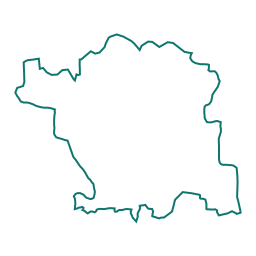 outline of Qutur, Al Gharbiyah, Egypt
{"feature_id": "37247803B52105005453844", "entity_name": "Qutur", "entity_type": "district", "adm_level": 2, "iso_a3": "EGY", "parent_name": "Egypt", "parent_adm1": "Al Gharbiyah", "projection": "robinson", "projection_center": [30.964, 30.971], "detail": "fine", "context": "isolated", "style": "outline", "palette": "teal", "viewbox_px": 256, "rotation_deg": 0, "n_neighbors": 0, "source": "geoboundaries", "source_scale": "gbopen_adm2", "svg_char_len": 3968}
<svg xmlns="http://www.w3.org/2000/svg" viewBox="0 0 256 256"><path d="M82.7,210.1L84.0,210.7L85.3,211.5L86.1,212.3L87.7,213.4L89.3,212.3L90.4,211.5L92.5,211.5L94.3,212.3L95.5,211.9L96.2,211.0L96.7,209.7L98.3,209.1L99.8,208.9L100.4,208.9L104.1,209.1L109.9,208.1L114.6,208.4L114.4,210.0L114.6,210.8L115.2,211.8L116.0,211.7L116.7,211.6L117.5,211.1L118.6,210.3L119.3,210.1L119.9,210.0L121.8,210.0L122.5,210.0L123.9,209.5L125.2,209.2L127.3,209.0L131.5,209.5L130.7,211.9L131.0,214.0L131.5,214.6L132.0,215.6L132.3,216.7L132.6,217.5L136.2,221.5L137.8,216.5L137.6,214.6L137.8,213.0L138.4,211.7L138.9,210.9L139.2,210.6L140.2,207.9L139.7,206.3L139.7,205.8L141.0,205.5L143.4,205.3L145.4,204.9L145.8,205.6L147.6,208.0L148.7,208.8L152.1,209.0L153.1,211.4L152.3,215.2L152.3,216.2L153.8,216.7L159.2,218.4L160.2,217.9L161.3,217.6L162.4,217.6L164.2,217.4L165.1,216.7L168.9,213.9L172.1,211.5L172.9,208.1L173.6,205.7L174.0,204.3L174.5,201.7L175.1,199.8L176.1,198.7L182.7,192.1L188.8,192.9L191.4,193.2L199.6,194.8L200.1,195.4L200.1,196.0L199.9,197.8L200.4,198.6L203.3,198.8L204.1,199.1L205.4,199.6L206.4,203.6L206.4,205.3L206.4,209.0L207.0,209.3L208.0,209.3L211.4,209.5L213.5,209.5L215.1,209.3L217.0,210.4L217.0,212.0L218.8,215.4L220.1,215.1L227.8,213.3L232.0,211.2L235.7,213.1L236.5,213.9L237.7,213.6L240.2,212.9L240.6,212.6L240.4,211.0L238.1,200.6L237.1,197.1L237.6,181.1L237.4,178.7L237.4,176.1L236.7,168.5L236.6,167.8L233.5,165.6L231.3,165.1L229.2,165.1L227.1,164.8L222.6,164.8L222.0,164.5L220.8,164.0L219.5,162.1L219.0,158.9L219.0,158.4L219.0,157.6L219.0,153.8L219.0,151.7L219.0,145.6L218.9,143.5L218.8,141.8L218.8,138.6L220.9,131.7L220.9,128.5L220.4,126.9L220.7,122.1L217.2,121.0L214.9,121.3L213.5,121.8L212.2,122.1L211.2,122.4L208.5,122.3L206.9,122.1L204.8,118.3L204.6,117.3L204.6,115.1L204.3,113.3L204.3,111.4L204.3,109.0L204.5,107.9L204.6,106.9L205.1,106.1L205.9,105.3L207.2,105.0L208.3,104.5L209.4,103.9L211.2,101.3L212.3,96.0L212.3,94.9L214.7,91.3L217.9,86.6L219.7,81.1L218.4,78.7L218.1,77.1L217.9,76.4L217.4,74.7L216.3,72.8L215.3,71.7L213.9,71.2L211.6,71.4L210.0,71.4L208.4,70.1L208.7,69.3L208.7,68.8L208.9,67.7L208.9,64.8L208.1,64.5L204.2,64.2L200.5,64.2L197.6,63.6L195.5,63.1L193.1,61.8L191.8,60.7L190.2,58.0L190.7,55.6L191.0,54.6L191.8,53.2L188.4,52.6L184.5,51.9L184.2,51.6L177.2,46.2L173.1,43.0L167.7,42.2L159.3,47.0L152.3,41.9L148.1,41.6L141.6,45.8L139.7,50.0L139.3,49.5L136.5,46.2L134.8,44.2L134.0,43.3L131.3,41.0L123.7,36.8L123.3,36.6L117.2,34.6L116.7,34.5L114.5,35.2L110.3,36.7L108.8,37.6L106.9,41.2L106.0,42.9L105.4,44.7L104.6,47.1L102.2,49.7L99.6,52.5L99.2,52.6L95.1,53.6L90.8,51.3L84.3,56.8L81.3,59.4L81.0,59.4L79.7,59.5L79.7,62.2L79.6,65.2L79.7,66.0L79.8,68.0L79.8,68.6L79.9,74.5L78.2,75.1L76.5,74.4L74.9,80.5L73.5,79.0L69.3,71.9L67.9,69.6L62.4,70.1L60.0,72.2L58.4,73.7L57.5,74.5L56.7,74.6L52.9,74.8L51.6,74.9L46.7,72.3L43.1,68.0L41.8,68.3L39.8,68.8L38.8,58.7L36.6,59.0L32.4,59.7L31.0,59.8L28.4,60.1L26.1,60.8L23.7,62.3L23.8,65.9L24.1,72.4L24.3,80.8L24.3,81.3L24.4,81.7L23.1,86.0L17.2,87.9L15.6,91.8L15.4,92.9L16.2,94.3L17.2,96.1L18.5,97.7L20.4,100.9L21.2,101.7L23.5,102.5L26.7,102.5L28.8,102.8L33.3,104.4L35.9,105.8L38.6,106.6L40.4,107.1L43.3,107.6L44.9,107.7L47.3,107.7L49.1,107.9L52.0,108.5L53.1,108.9L54.9,109.5L54.7,111.1L54.9,113.0L54.4,115.4L54.1,120.5L54.1,122.6L54.1,124.7L54.3,126.5L54.4,127.7L54.4,128.7L54.1,131.7L54.1,133.3L54.4,134.6L56.2,137.3L58.6,138.1L60.7,138.6L63.1,139.4L65.4,140.2L67.5,140.5L68.3,142.6L73.3,156.8L74.5,158.5L75.5,159.5L79.4,165.3L79.9,166.1L82.8,169.1L85.2,172.6L86.2,174.4L88.1,177.9L88.5,178.3L90.4,180.0L91.7,182.2L93.1,183.5L93.6,184.6L93.8,187.0L94.9,191.8L94.6,193.7L94.4,195.0L94.2,195.6L93.6,197.9L91.2,199.0L90.1,199.0L86.2,197.6L84.6,196.0L83.5,194.7L80.1,193.1L77.7,193.1L77.2,193.3L75.6,193.9L73.8,196.3L74.8,198.4L75.1,200.0L75.3,202.4L75.3,203.3L75.3,204.5L75.1,205.9L74.8,209.1L77.2,208.5L78.5,207.7L81.7,207.2L82.2,206.9L83.5,207.8L83.0,209.9L82.7,210.1Z" fill="none" stroke="#0f766e" stroke-width="2"/></svg>